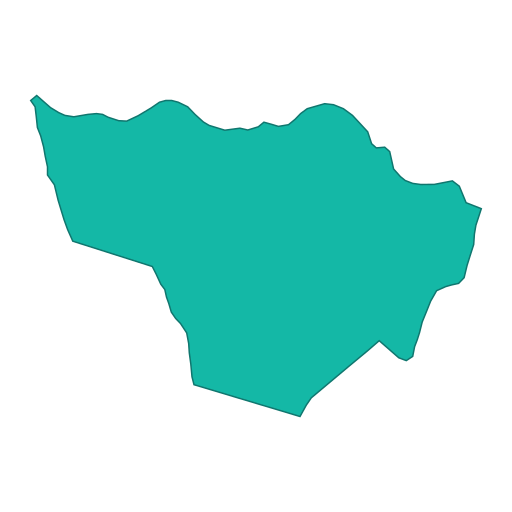 Guaporema, Paraná, Brazil
{"feature_id": "56859067B76921560444099", "entity_name": "Guaporema", "entity_type": "district", "adm_level": 2, "iso_a3": "BRA", "parent_name": "Brazil", "parent_adm1": "Paraná", "projection": "mercator", "projection_center": [-52.831, -23.333], "detail": "fine", "context": "isolated", "style": "filled", "palette": "teal", "viewbox_px": 512, "rotation_deg": 0, "n_neighbors": 0, "source": "geoboundaries", "source_scale": "gbopen_adm2", "svg_char_len": 1403}
<svg xmlns="http://www.w3.org/2000/svg" viewBox="0 0 512 512"><path d="M36.7,95.5L30.7,100.5L35.1,106.8L36.3,116.9L37.4,127.5L40.7,135.9L43.6,146.9L45.2,156.1L47.5,166.8L47.5,175.0L54.4,184.8L58.1,200.1L60.7,208.7L64.0,219.5L67.6,229.5L72.8,241.2L152.3,266.5L156.2,274.2L160.8,284.2L164.8,289.5L166.5,297.1L168.8,303.5L171.3,312.1L175.7,318.5L180.5,323.5L186.7,332.9L188.7,343.6L189.3,352.8L190.8,364.0L192.0,376.8L194.0,384.7L300.0,416.5L306.3,405.1L311.3,397.8L348.6,366.5L367.3,351.0L379.2,340.7L398.8,357.8L406.3,360.6L412.7,356.4L414.6,346.7L417.3,339.6L419.5,332.7L422.2,322.0L426.8,310.7L430.6,301.2L436.6,290.7L445.7,286.6L451.7,284.9L458.6,283.4L464.1,277.7L467.1,265.3L470.4,254.8L473.7,244.5L474.4,234.1L475.9,225.2L478.6,217.0L481.3,208.7L466.1,202.7L459.3,186.2L452.4,180.9L434.3,184.4L420.8,184.5L412.7,183.4L405.2,180.5L400.4,176.6L393.6,169.0L389.7,151.6L384.7,147.2L376.3,147.9L371.6,143.7L367.7,131.8L352.5,115.4L343.4,108.7L333.5,104.7L324.6,103.7L307.2,108.7L300.6,113.6L295.1,119.3L288.5,124.7L278.4,126.4L271.5,124.3L263.9,122.2L258.3,126.8L247.8,130.0L239.9,128.2L224.8,130.2L209.1,125.4L203.4,122.0L195.0,114.4L187.7,106.8L178.2,102.2L171.7,100.5L165.7,100.5L159.5,102.2L151.2,107.9L138.2,115.7L126.7,121.1L118.7,120.7L108.0,117.2L102.6,114.4L96.5,113.6L87.9,114.4L73.8,116.8L64.9,115.4L58.7,112.6L50.5,107.6L36.7,95.5Z" fill="#14b8a6" stroke="#0f766e" stroke-width="1.5"/></svg>